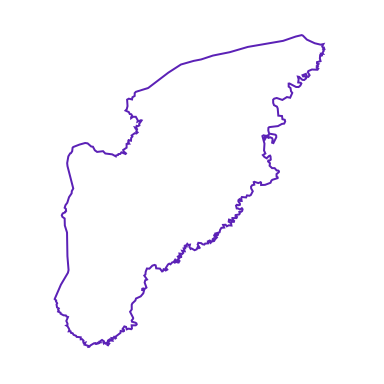 the district of Phibun Rak, Udon Thani, Thailand, rotated 172°
{"feature_id": "78962969B22410583469431", "entity_name": "Phibun Rak", "entity_type": "district", "adm_level": 2, "iso_a3": "THA", "parent_name": "Thailand", "parent_adm1": "Udon Thani", "projection": "albers", "projection_center": [103.057, 17.536], "detail": "fine", "context": "isolated", "style": "outline", "palette": "violet", "viewbox_px": 384, "rotation_deg": 172, "n_neighbors": 0, "source": "geoboundaries", "source_scale": "gbopen_adm2", "svg_char_len": 5981}
<svg xmlns="http://www.w3.org/2000/svg" viewBox="0 0 384 384"><g transform="rotate(172 192 192)"><path d="M288.0,59.3L282.5,62.4L282.0,64.3L279.5,63.5L278.7,63.8L278.5,64.7L279.8,66.0L277.7,68.3L276.1,67.6L275.7,65.1L273.7,65.5L271.3,64.6L270.5,65.1L270.3,68.4L266.3,67.8L265.2,68.5L265.3,69.6L266.1,70.4L269.5,71.9L269.6,73.2L267.9,74.8L267.8,75.6L270.0,82.0L268.0,84.1L267.4,88.7L266.6,90.0L263.2,92.4L262.3,94.3L257.3,95.8L254.3,98.5L253.1,101.4L255.0,101.9L254.7,103.1L253.7,103.3L252.6,102.5L250.4,103.7L251.5,108.9L250.6,111.1L248.7,111.6L250.9,115.9L249.6,116.8L249.0,119.4L247.3,122.5L244.8,122.0L241.5,124.6L239.2,125.0L238.2,124.4L238.1,121.4L234.4,120.6L232.7,117.5L232.0,117.6L230.9,119.4L229.0,117.9L227.3,118.6L227.7,119.3L229.2,119.6L225.8,123.6L224.5,124.2L223.4,123.4L221.3,125.1L220.0,125.1L218.1,127.3L217.5,126.3L218.2,124.6L217.0,124.8L216.3,126.0L215.7,124.1L215.1,124.0L214.0,125.4L215.5,127.1L214.0,127.9L215.0,130.0L213.4,130.7L212.9,129.1L211.8,129.1L211.6,130.2L213.0,131.5L213.0,132.8L210.2,132.0L209.1,132.9L209.9,135.1L207.5,134.4L208.1,137.3L206.6,137.2L206.8,138.5L205.1,138.7L206.1,139.9L204.9,140.1L203.9,141.3L203.0,140.0L201.4,140.1L202.2,138.0L201.3,135.8L200.3,136.2L197.5,134.0L195.3,134.6L194.2,136.4L193.0,135.4L192.2,135.7L193.7,139.2L192.8,140.8L189.9,140.0L188.9,138.8L187.1,138.2L186.2,139.1L183.2,138.9L183.2,140.9L181.2,141.5L180.7,141.1L181.6,140.1L180.7,139.0L179.7,140.1L176.9,140.4L176.6,140.8L178.2,141.9L178.0,142.5L177.0,143.0L176.4,142.0L175.5,142.1L173.6,143.6L174.0,144.2L175.5,144.4L176.1,146.0L174.7,147.3L173.8,146.9L174.1,145.7L172.4,145.8L172.0,146.6L173.6,147.8L170.3,148.3L169.4,150.6L167.9,152.4L165.1,152.3L165.8,155.1L163.3,154.9L162.3,153.2L160.2,153.9L157.6,153.3L157.7,155.8L159.8,157.5L159.2,159.5L158.1,159.1L156.1,156.8L154.7,156.6L154.3,157.5L155.8,159.4L155.6,160.6L151.6,160.0L150.9,161.0L152.3,162.2L152.0,163.1L148.5,163.2L147.7,163.9L147.9,165.6L146.0,165.6L145.0,166.2L144.3,167.9L144.9,169.0L147.0,168.0L148.5,169.2L150.0,169.5L150.3,172.4L149.4,173.1L147.5,172.4L146.3,172.7L146.2,173.9L147.4,176.2L147.2,177.4L146.1,178.2L145.1,176.4L144.1,176.2L144.1,179.0L143.3,180.1L139.2,179.1L138.0,181.0L135.7,180.3L134.2,180.8L131.7,184.3L132.9,187.2L132.8,189.0L131.6,190.3L129.3,190.6L129.5,193.2L128.8,193.4L125.1,191.6L122.7,192.2L122.3,191.7L122.6,189.3L118.7,188.9L113.0,190.2L111.8,192.2L110.8,192.9L105.3,193.8L105.1,194.6L106.1,195.7L105.8,198.0L103.3,199.5L103.0,200.4L103.6,201.2L105.2,201.6L106.8,204.1L109.4,204.5L111.5,207.2L110.8,209.7L112.4,211.6L112.1,212.5L110.3,212.5L109.5,213.1L109.3,216.4L109.7,217.2L110.8,216.9L113.4,215.0L115.4,216.6L116.7,218.7L114.0,219.9L114.9,223.0L113.5,229.8L114.5,237.6L113.3,238.2L111.4,237.5L112.9,235.1L112.4,234.1L109.8,237.4L108.1,237.8L109.2,235.4L108.7,234.9L107.0,235.3L105.2,234.2L104.8,232.9L105.8,229.7L104.6,229.1L100.9,234.5L100.8,236.3L101.6,237.2L107.5,239.1L107.9,242.3L107.4,244.9L106.5,245.5L97.7,245.3L93.5,246.9L91.2,246.9L89.9,248.9L90.1,250.6L92.3,251.5L92.3,254.7L95.9,255.6L95.5,262.8L96.0,264.7L98.7,266.6L99.2,268.9L98.8,272.1L97.6,273.0L95.0,273.3L89.7,270.6L84.8,272.8L81.7,271.7L78.9,276.2L79.9,277.9L80.0,281.3L81.6,282.9L81.2,285.9L80.4,285.9L74.3,281.5L71.8,281.1L69.9,282.3L68.6,284.2L69.1,285.0L71.6,285.7L70.7,288.8L71.1,291.5L69.9,291.1L67.1,287.7L65.3,287.3L63.2,288.6L63.0,289.4L63.5,290.6L65.9,291.0L66.3,292.3L62.8,293.1L62.0,290.1L60.8,289.8L59.3,291.3L60.6,294.5L59.9,295.6L56.2,296.6L50.7,295.6L49.8,296.6L51.1,297.7L49.1,299.7L50.4,298.8L50.9,299.4L48.9,301.1L50.3,301.9L50.1,303.2L46.5,303.7L46.8,306.4L46.1,309.5L45.3,309.2L45.2,310.5L44.3,309.8L44.3,310.9L43.0,310.6L43.5,311.6L42.0,313.3L42.2,314.2L41.4,314.6L41.9,315.1L41.1,315.4L41.3,316.7L42.4,316.9L42.8,318.1L41.3,320.2L44.1,320.0L49.7,322.2L57.0,326.9L60.4,331.4L61.5,332.1L67.7,331.5L80.7,329.0L116.5,327.9L135.1,325.2L152.3,324.2L164.5,322.0L172.1,321.6L185.2,319.8L198.8,313.5L220.9,301.1L233.7,299.0L235.0,297.9L235.4,295.1L237.8,294.1L238.5,292.0L241.6,293.2L243.4,292.5L243.9,286.0L245.1,283.1L246.5,281.9L243.4,279.9L242.8,277.9L241.3,277.4L240.6,275.6L241.9,274.5L242.0,273.6L240.0,274.7L237.2,274.3L235.7,270.5L236.2,269.2L232.5,270.2L231.9,269.9L234.9,266.7L234.8,265.3L236.5,264.7L237.6,265.2L238.2,263.4L239.5,263.9L239.0,262.5L238.2,262.6L237.6,261.8L238.7,259.8L237.6,258.6L238.9,257.7L240.5,258.2L243.9,256.4L243.3,255.2L244.7,254.0L245.3,251.3L247.5,252.2L248.1,251.3L247.7,250.2L248.5,249.6L247.7,248.6L250.1,248.6L250.6,245.0L254.3,243.2L254.1,241.7L252.0,239.4L252.5,238.9L256.4,241.1L257.7,239.7L259.6,239.8L260.0,239.0L262.2,238.7L262.5,237.9L265.8,240.4L272.5,242.2L274.4,244.8L280.4,244.9L282.4,246.8L283.8,250.6L285.5,251.1L288.6,254.7L291.0,255.4L296.9,254.6L303.3,253.1L304.1,252.4L305.0,249.0L306.5,247.3L307.3,247.2L309.5,244.5L311.6,238.0L311.7,235.0L309.1,212.0L310.9,209.6L311.4,207.4L314.5,204.0L317.0,198.7L319.1,196.6L320.3,194.1L319.3,193.0L319.3,190.7L320.4,190.1L320.4,189.5L323.0,188.8L324.2,187.1L323.8,185.4L321.8,183.5L322.6,176.5L321.4,169.3L324.3,145.8L325.1,131.9L326.1,129.3L334.7,118.5L342.9,105.1L341.6,103.5L341.9,102.6L341.0,100.6L341.8,99.5L341.7,96.5L340.1,95.2L341.0,94.0L340.5,93.1L341.2,92.2L339.0,90.8L339.1,89.8L336.4,87.8L334.1,87.3L333.6,86.2L332.2,85.5L334.4,81.8L333.6,78.9L333.9,77.4L334.9,77.2L333.9,76.3L332.8,73.5L332.6,72.5L333.4,71.2L331.7,71.0L331.3,69.2L329.9,68.8L329.1,67.0L326.9,65.8L326.4,64.6L322.4,63.6L322.7,61.6L321.3,61.5L320.1,59.9L320.6,58.9L320.3,57.5L318.5,57.7L319.7,55.8L316.2,54.1L316.3,53.0L315.2,53.0L314.0,54.2L310.2,55.8L308.7,55.8L308.6,55.0L307.4,54.8L306.6,55.7L305.8,55.1L304.7,55.4L304.7,56.4L303.3,56.0L303.4,57.2L301.7,58.0L300.1,56.5L300.7,55.6L300.4,54.3L299.4,55.0L298.6,53.9L297.4,54.6L297.1,52.3L296.5,51.9L295.1,53.4L296.7,54.4L295.0,55.7L296.0,56.1L295.9,56.6L294.5,57.3L294.2,56.0L293.6,56.4L291.8,55.9L292.5,57.4L291.2,57.2L291.7,58.5L290.6,58.2L289.4,59.3L288.4,57.6L287.6,58.0L288.0,59.3Z" fill="none" stroke="#5b21b6" stroke-width="2"/></g></svg>